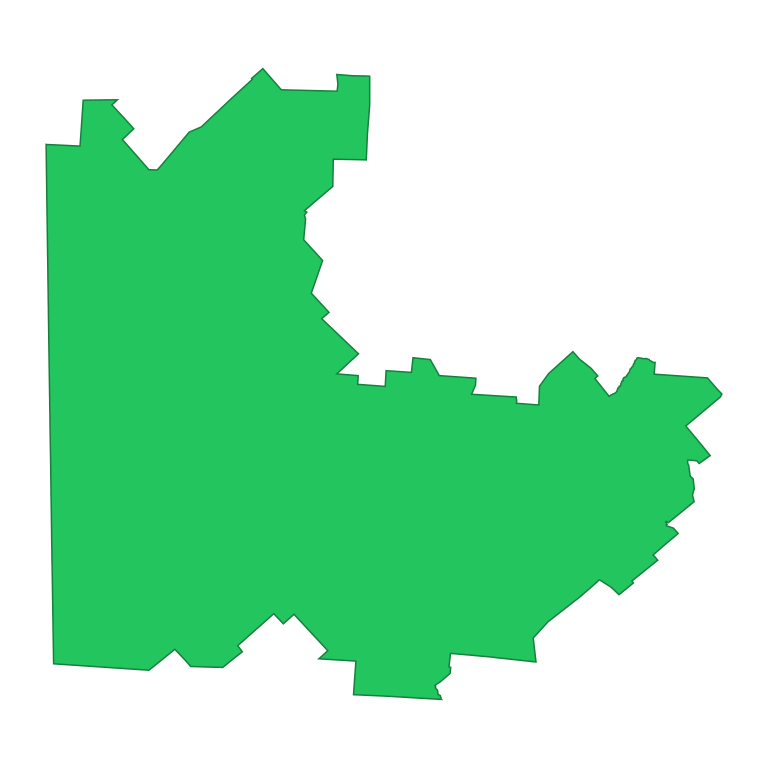 Boulia, Queensland, Australia
{"feature_id": "25037944B33105605540770", "entity_name": "Boulia", "entity_type": "district", "adm_level": 2, "iso_a3": "AUS", "parent_name": "Australia", "parent_adm1": "Queensland", "projection": "orthographic", "projection_center": [140.076, -22.279], "detail": "fine", "context": "isolated", "style": "filled", "palette": "green", "viewbox_px": 768, "rotation_deg": 0, "n_neighbors": 0, "source": "geoboundaries", "source_scale": "gbopen_adm2", "svg_char_len": 5332}
<svg xmlns="http://www.w3.org/2000/svg" viewBox="0 0 768 768"><path d="M48.4,308.5L48.4,311.7L48.8,340.9L49.5,388.9L49.6,396.1L49.7,399.3L49.7,404.6L49.8,409.0L49.9,412.3L50.0,425.3L50.5,454.4L50.6,460.9L51.0,490.1L51.0,493.3L51.0,495.6L51.1,496.6L51.1,499.8L51.2,503.0L51.2,504.7L51.3,509.9L51.4,519.3L51.6,532.2L51.6,535.5L51.8,547.2L51.9,551.7L51.9,555.0L52.0,561.4L52.2,571.2L52.4,584.1L53.6,663.8L141.2,669.7L149.0,670.2L174.9,649.3L185.3,660.3L190.7,666.5L210.2,667.1L222.8,667.4L232.0,659.9L242.3,651.8L237.8,645.6L273.8,613.7L283.3,623.8L294.0,614.3L327.8,650.7L318.9,658.8L355.9,661.1L353.5,694.7L360.5,695.0L388.8,696.3L389.2,696.3L423.7,698.4L441.3,699.4L441.2,699.3L440.9,698.7L440.9,698.2L441.1,697.7L440.7,697.1L440.4,696.4L440.4,695.7L440.1,695.4L439.7,695.2L439.3,695.0L439.0,694.9L438.6,694.8L438.2,694.6L437.9,693.9L437.9,693.4L437.8,692.8L437.9,692.3L437.7,691.6L437.6,690.8L437.4,690.1L437.1,689.6L436.7,689.4L436.2,688.9L435.7,688.4L435.8,688.0L435.7,687.7L435.4,687.5L435.4,687.1L435.3,686.9L435.5,686.8L435.6,686.5L435.6,686.3L435.6,686.2L435.4,686.0L435.1,685.6L435.1,685.2L439.6,682.3L440.6,681.6L450.1,673.4L450.7,667.4L449.0,666.9L450.5,653.4L471.3,655.2L476.4,655.7L481.6,656.2L483.0,656.3L485.6,656.5L488.8,656.8L493.8,657.3L494.8,657.5L536.0,662.0L533.2,638.0L541.9,628.5L547.9,621.9L553.3,617.7L555.2,616.2L557.5,614.4L580.3,596.6L580.6,596.4L584.2,593.2L584.5,593.0L584.8,592.7L585.3,592.2L585.8,591.8L589.1,589.0L590.7,587.7L590.8,587.4L591.2,587.0L591.6,586.9L594.6,584.1L594.8,584.0L595.1,583.8L595.3,583.5L596.2,582.8L596.2,582.6L596.4,582.6L599.1,580.0L599.2,579.8L600.1,580.2L610.8,587.0L614.2,590.1L619.0,594.7L627.0,588.2L627.6,587.7L633.4,583.0L631.9,581.0L657.7,560.2L656.3,558.5L653.1,555.0L664.4,545.1L669.2,541.0L669.3,540.9L669.5,540.8L676.8,534.7L678.2,533.5L673.4,528.1L666.5,525.8L666.3,525.5L666.4,524.5L667.0,524.3L666.6,523.8L666.7,522.8L665.8,522.3L665.7,522.0L665.9,521.5L666.2,521.5L666.3,522.0L668.5,522.3L668.6,522.5L694.1,501.7L692.5,495.0L693.8,490.0L694.3,489.3L693.2,478.9L690.5,476.5L690.5,476.4L690.2,476.1L688.7,465.3L688.1,464.3L687.6,462.3L687.9,460.0L689.6,460.1L696.8,460.8L697.0,460.9L699.2,463.5L708.7,456.6L710.2,455.6L696.2,438.5L685.8,426.0L701.0,413.2L701.4,412.9L706.4,408.7L720.3,397.1L721.9,394.0L716.8,388.7L712.0,383.1L710.9,381.9L707.5,377.9L690.4,376.7L680.6,376.0L654.2,374.2L655.1,362.4L654.6,362.4L654.2,362.4L653.8,362.5L652.8,362.2L652.2,361.8L651.8,361.5L651.6,361.2L651.1,361.1L650.7,361.1L650.3,360.8L649.9,360.6L649.5,360.2L649.4,359.9L649.2,359.6L648.9,359.5L648.3,359.3L647.9,359.1L647.2,358.9L646.5,358.5L646.2,358.5L645.9,358.7L645.4,358.7L644.8,358.6L644.0,358.6L643.5,358.7L643.1,358.6L642.5,358.5L641.6,358.3L641.2,358.1L640.5,358.0L639.9,358.1L639.4,358.0L639.0,357.8L638.6,357.7L638.3,357.7L637.4,357.8L636.9,358.2L636.7,358.6L636.7,359.0L636.6,359.3L636.3,359.6L636.0,360.0L635.2,360.5L634.9,361.1L634.9,361.5L634.5,361.9L634.5,362.2L634.5,362.9L634.2,363.4L633.8,363.7L633.6,364.3L633.3,364.7L633.1,365.1L633.2,366.0L632.9,366.4L632.3,366.7L631.6,367.4L631.4,367.8L631.1,368.5L630.7,368.9L630.3,369.0L630.1,369.2L630.0,369.6L629.7,370.9L629.3,372.2L628.8,372.6L628.1,373.5L627.8,374.2L626.7,375.5L626.5,376.1L625.8,377.0L625.5,377.2L625.3,377.1L624.8,377.2L624.3,377.5L623.7,377.9L623.3,378.4L623.0,379.0L623.0,379.4L623.1,379.6L623.3,379.8L623.4,380.0L623.1,380.6L623.1,380.8L622.9,380.9L622.6,380.8L622.1,381.0L621.8,381.3L621.6,381.8L621.6,382.3L621.5,382.8L621.2,383.1L621.0,383.3L620.9,383.5L620.9,384.2L620.8,384.4L620.8,384.8L620.7,385.1L620.5,385.5L620.3,385.9L620.1,386.2L619.8,386.1L619.6,386.1L619.3,386.2L619.1,386.4L619.2,386.6L619.3,387.0L619.0,387.3L618.6,387.7L618.2,387.8L618.1,388.0L617.9,388.2L617.8,388.3L617.9,388.5L617.8,388.8L617.5,389.2L617.5,389.7L617.3,390.1L617.1,390.3L617.0,390.6L617.0,391.1L616.6,391.7L616.1,392.2L615.5,392.7L614.7,393.3L614.4,393.5L613.4,393.8L612.6,394.1L611.9,394.6L611.2,394.8L610.8,395.1L610.2,395.7L609.5,396.0L609.1,396.4L608.0,394.9L599.2,383.9L594.9,378.5L597.8,376.0L591.1,368.3L579.7,359.3L572.9,351.7L548.6,373.6L539.5,386.2L538.8,404.9L538.0,404.9L531.1,404.4L516.8,403.3L516.4,403.3L516.7,400.2L516.2,398.5L516.3,397.0L514.2,396.9L480.1,394.8L475.3,394.5L471.6,394.3L474.4,387.8L475.5,385.2L475.9,378.2L471.7,377.9L439.3,375.6L430.3,359.6L420.2,358.5L413.0,357.7L411.4,372.4L394.1,371.2L386.1,370.7L385.2,386.4L360.0,384.5L357.7,384.4L358.2,375.6L336.8,373.9L358.5,353.8L321.7,318.7L329.0,312.4L311.3,293.2L314.0,285.5L322.6,260.5L312.5,249.4L308.4,244.9L303.7,239.8L304.0,236.5L305.6,219.2L304.5,215.3L304.8,214.5L306.8,212.2L304.4,210.7L332.8,186.4L332.9,179.8L333.3,159.2L359.2,159.7L366.3,159.9L367.4,134.5L369.7,105.0L369.7,82.2L369.7,76.2L367.8,76.1L367.3,76.1L366.7,76.0L365.8,76.0L353.4,75.8L350.8,75.6L349.5,75.5L346.1,75.2L336.8,74.5L337.9,84.4L337.1,91.2L281.3,89.8L262.8,68.6L251.5,78.5L252.3,79.4L250.2,81.3L231.2,98.7L216.4,112.7L216.1,112.9L201.3,126.9L189.1,132.2L183.2,139.3L162.8,163.6L162.3,164.2L157.2,170.0L148.9,169.7L122.4,139.5L133.8,128.8L125.4,119.5L125.3,119.4L111.9,104.9L117.4,99.8L105.6,99.9L83.2,100.2L81.1,130.9L81.1,131.0L80.0,146.1L64.1,145.3L46.9,144.5L46.1,144.4L47.0,211.1L47.6,253.4L47.7,259.8L47.9,272.8L47.9,276.0L48.1,289.0L48.2,295.5L48.2,298.7L48.3,304.2L48.4,308.5Z" fill="#22c55e" stroke="#15803d" stroke-width="1.5"/></svg>